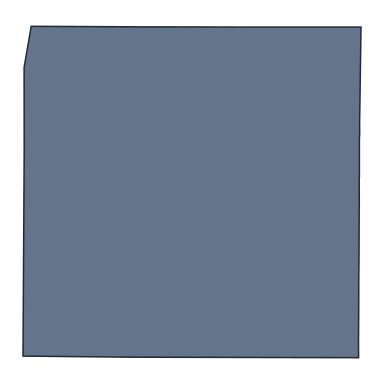 Miami, Kansas, United States of America
{"feature_id": "52423323B68784032063419", "entity_name": "Miami", "entity_type": "district", "adm_level": 2, "iso_a3": "USA", "parent_name": "United States of America", "parent_adm1": "Kansas", "projection": "albers", "projection_center": [-94.74, 38.564], "detail": "fine", "context": "isolated", "style": "filled", "palette": "slate", "viewbox_px": 384, "rotation_deg": 0, "n_neighbors": 0, "source": "geoboundaries", "source_scale": "gbopen_adm2", "svg_char_len": 489}
<svg xmlns="http://www.w3.org/2000/svg" viewBox="0 0 384 384"><path d="M31.2,26.3L24.1,67.6L24.2,149.8L23.7,236.4L23.0,356.1L132.6,357.2L358.6,357.7L358.6,354.2L358.5,343.8L358.7,314.7L358.8,273.6L358.9,268.3L358.9,267.2L359.0,260.3L359.1,234.6L359.2,207.3L359.2,207.1L359.3,205.3L359.2,180.0L359.4,176.6L359.4,149.0L359.4,138.4L359.7,134.1L359.6,124.3L361.0,27.1L249.7,27.1L222.5,27.0L167.5,26.9L140.2,26.9L133.4,26.8L31.2,26.3Z" fill="#64748b" stroke="#1e293b" stroke-width="1.5"/></svg>